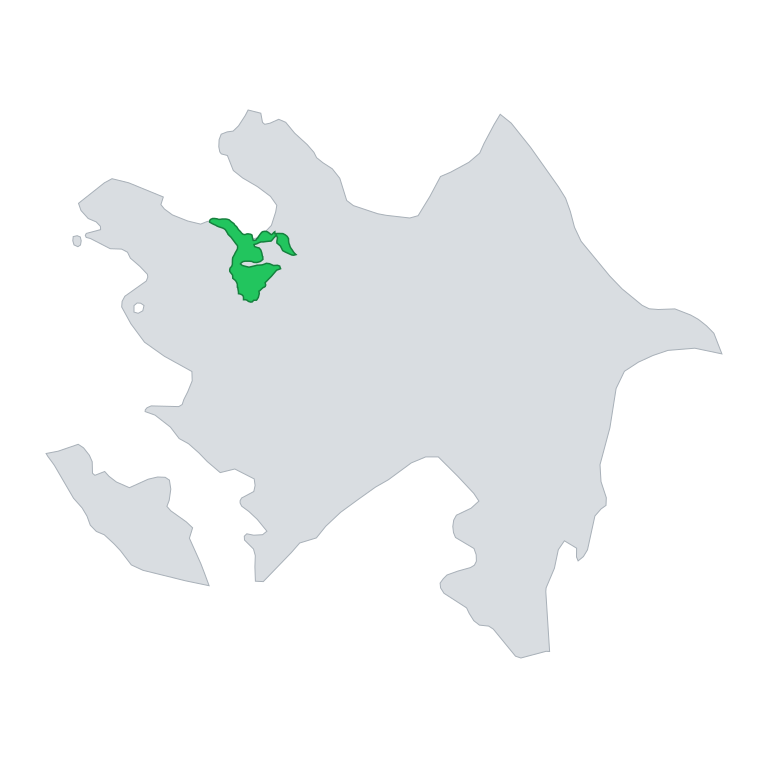 location of Samukh District, Samux, Azerbaijan
{"feature_id": "54616110B65018719015844", "entity_name": "Samukh District", "entity_type": "district", "adm_level": 2, "iso_a3": "AZE", "parent_name": "Azerbaijan", "parent_adm1": "Samux", "projection": "orthographic", "projection_center": [46.456, 40.939], "detail": "fine", "context": "in_parent", "style": "filled", "palette": "green", "viewbox_px": 768, "rotation_deg": 0, "n_neighbors": 0, "source": "geoboundaries", "source_scale": "gbopen_adm2", "svg_char_len": 5911}
<svg xmlns="http://www.w3.org/2000/svg" viewBox="0 0 768 768"><path d="M549.6,651.5L546.0,651.3L520.9,658.0L515.5,656.2L493.3,629.1L488.7,626.1L479.4,625.1L473.8,620.7L469.2,613.4L466.6,607.9L444.0,593.3L440.6,587.9L440.1,583.1L443.3,578.7L447.0,575.0L457.8,571.1L470.4,567.6L474.4,565.2L476.4,561.2L476.2,554.8L474.0,548.5L455.5,537.5L453.5,532.6L452.8,526.5L453.7,520.2L456.4,515.2L471.1,508.2L478.9,501.1L473.8,493.4L457.5,476.0L438.3,456.9L425.7,456.9L411.3,462.9L388.3,479.8L375.5,487.1L358.8,499.0L340.6,512.3L325.7,526.3L316.4,537.9L299.7,543.0L291.3,552.6L263.3,581.6L255.4,581.2L254.9,566.9L255.3,555.6L253.5,549.0L244.5,540.0L244.3,536.2L246.8,533.8L253.7,535.2L262.6,534.7L266.9,531.2L257.3,519.4L248.9,511.5L241.7,506.2L240.1,503.0L240.1,500.7L241.6,498.0L253.8,491.5L255.1,485.5L254.2,478.9L234.8,469.0L220.2,472.6L207.2,461.5L198.9,452.9L188.5,443.7L179.2,438.6L170.4,427.1L155.0,415.1L145.1,411.6L145.3,409.8L147.1,407.7L151.2,405.9L178.8,406.6L182.2,404.5L183.9,399.4L187.7,391.9L192.2,380.8L191.9,371.5L164.4,356.3L144.5,342.2L130.9,323.8L121.7,307.0L122.1,301.4L124.9,296.2L146.3,281.0L147.8,277.1L147.4,274.3L139.9,266.4L130.4,258.2L127.5,252.2L121.6,249.1L110.2,248.7L90.4,238.5L86.2,237.4L85.3,235.4L86.3,233.4L100.6,229.6L100.4,226.3L96.2,221.9L88.2,218.5L81.0,210.5L78.5,203.3L104.4,182.8L112.0,178.7L128.7,182.8L163.3,197.0L160.9,204.6L164.4,209.0L172.4,214.9L187.7,221.0L200.6,224.1L207.2,221.5L217.2,219.4L230.2,226.3L242.2,235.0L248.2,238.5L251.4,239.6L260.5,236.7L271.4,225.4L275.7,211.9L276.8,205.3L270.5,196.4L257.4,186.6L242.7,178.0L233.3,170.5L227.4,155.5L221.3,153.9L219.8,151.9L218.8,146.8L219.1,139.7L221.2,134.2L227.1,131.9L233.1,131.1L238.5,125.9L245.2,115.6L248.1,110.0L260.8,113.2L262.5,122.4L264.7,124.3L270.0,123.2L278.7,119.3L285.7,122.3L294.7,133.2L307.2,144.6L313.9,152.3L316.6,157.7L323.0,162.8L332.3,168.8L339.8,178.3L346.7,200.5L353.4,205.6L377.6,213.7L386.1,215.3L409.8,218.0L418.1,215.7L429.9,196.4L440.5,176.5L450.6,172.2L468.9,162.3L479.7,153.1L484.1,143.3L494.0,124.7L500.2,114.3L511.2,123.1L530.6,147.4L558.6,187.0L565.6,198.3L570.3,211.4L574.5,227.3L581.1,241.3L609.8,276.1L622.1,288.9L642.1,305.3L649.2,308.8L658.3,309.5L674.9,308.9L690.6,315.0L698.4,319.4L706.5,325.8L713.9,333.3L721.9,353.9L694.8,348.2L667.9,350.4L652.9,355.5L638.3,362.2L624.4,371.3L616.1,388.5L609.9,427.8L600.0,464.7L601.0,481.6L606.3,497.7L606.0,505.4L601.1,508.9L594.9,516.0L587.5,549.8L583.4,556.6L578.1,560.9L576.5,557.0L576.6,548.2L564.4,540.8L558.3,549.7L554.4,568.3L546.1,587.9L545.8,591.6L549.6,651.5ZM142.8,310.8L144.0,305.5L140.7,303.2L137.1,303.0L134.0,305.6L134.0,312.1L138.2,313.3L142.8,310.8ZM51.9,461.9L47.9,456.5L46.1,453.5L58.1,451.2L78.2,444.3L83.6,447.9L89.4,455.3L92.2,461.7L92.5,473.3L94.9,475.3L104.7,471.5L109.0,476.3L116.4,482.0L129.4,487.7L148.2,479.2L157.6,477.0L165.2,477.3L169.4,480.1L170.8,489.1L169.2,500.3L166.9,506.4L170.9,510.9L186.2,521.8L192.6,527.8L189.4,538.2L200.8,563.6L204.6,573.5L209.1,585.7L185.5,580.8L143.0,570.3L131.3,564.9L120.4,550.6L113.9,543.7L104.3,534.8L96.3,531.4L90.3,525.2L87.0,516.1L82.1,507.9L73.5,498.2L54.4,465.4L51.9,461.9ZM80.5,245.0L77.9,246.7L74.0,244.9L72.8,240.8L73.2,236.6L77.2,235.7L80.3,237.0L81.2,240.8L80.5,245.0Z" fill="#d9dde1" stroke="#a8b0b8" stroke-width="1"/><path d="M243.5,299.7L245.5,299.7L247.0,300.2L248.4,301.4L250.8,302.1L252.4,301.8L253.6,300.3L255.5,300.2L256.5,300.2L257.3,299.1L257.4,298.8L258.3,297.5L258.8,295.5L259.3,293.5L258.9,291.2L259.7,290.8L260.8,289.7L262.9,287.7L263.9,287.3L265.2,286.5L265.7,285.0L265.1,282.7L267.3,280.5L268.7,279.0L271.4,276.3L276.6,270.2L280.6,268.7L280.3,267.9L280.0,267.2L279.7,266.1L277.6,265.3L273.5,265.5L269.5,263.7L266.3,263.3L264.5,264.1L262.1,264.9L259.4,265.1L257.0,265.2L255.3,265.7L249.0,267.2L247.0,266.7L245.7,266.4L243.8,265.9L242.2,265.4L240.4,263.9L241.5,262.6L243.0,261.6L245.0,261.2L249.3,261.2L251.8,261.4L253.8,262.4L256.7,262.5L257.7,262.3L260.5,261.4L262.9,259.4L262.8,258.1L262.8,256.7L262.3,255.8L261.9,253.4L261.4,251.7L260.8,250.0L259.2,248.0L257.2,247.5L254.6,246.6L254.0,244.5L256.8,243.8L258.5,242.9L260.9,241.9L263.5,241.9L266.4,241.5L269.3,241.2L271.0,241.1L272.4,239.7L273.6,238.1L275.1,236.6L275.6,235.8L276.2,235.0L277.5,237.7L276.9,241.1L276.9,243.0L280.4,246.0L282.7,250.6L285.2,252.0L288.7,253.6L291.8,255.0L293.7,255.2L296.0,254.6L294.4,253.1L293.3,251.7L292.4,250.2L290.8,248.0L290.0,246.5L289.5,244.7L288.9,243.3L288.6,241.2L288.5,238.6L287.2,236.4L285.2,234.8L282.9,233.6L279.7,233.5L277.1,233.5L274.9,233.7L274.8,231.8L273.8,232.5L272.6,233.8L271.6,234.6L270.8,234.4L269.5,233.3L268.2,232.3L266.7,231.5L264.8,231.3L262.9,231.6L261.8,232.2L261.1,233.0L260.1,234.3L259.3,235.5L258.4,236.6L257.8,237.9L256.7,238.8L256.1,240.0L254.4,240.4L253.2,240.4L252.8,238.9L252.2,236.5L252.0,235.1L250.8,234.3L248.5,233.9L246.9,233.9L245.4,234.5L244.4,234.6L242.9,234.2L241.6,233.1L240.3,231.4L239.1,230.3L238.2,229.2L237.6,228.3L237.0,227.2L236.2,226.3L235.0,225.4L233.9,223.6L231.2,221.7L229.1,219.8L227.4,219.3L225.8,219.0L224.0,219.0L222.2,219.0L220.5,219.3L218.7,219.4L217.0,218.8L214.7,218.5L212.6,218.5L210.6,219.4L210.0,220.1L209.7,221.2L209.6,221.7L209.6,222.1L211.8,223.4L213.8,224.4L215.7,225.2L217.1,226.1L218.9,226.8L220.4,227.3L222.3,227.9L223.7,228.5L225.3,229.6L225.4,229.8L226.4,231.3L227.3,232.8L228.1,234.4L229.6,235.9L231.1,237.3L232.5,239.2L234.1,241.3L235.7,243.5L237.5,245.7L237.6,247.2L237.4,249.0L236.5,250.7L235.2,252.9L234.5,254.5L233.7,255.9L232.7,257.7L232.5,259.2L232.4,262.5L232.4,264.2L231.9,265.9L231.2,266.9L230.1,268.1L229.7,269.9L229.8,271.4L230.9,273.0L231.7,273.9L232.6,275.2L232.8,278.4L233.3,278.7L233.6,279.0L234.9,280.0L235.9,281.1L236.6,282.4L237.3,284.0L237.4,287.3L237.8,287.4L237.9,288.6L238.1,289.8L238.4,291.5L238.5,292.9L238.5,293.7L239.8,293.9L240.7,294.2L240.9,294.3L242.1,294.9L243.1,295.9L243.5,297.3L243.5,299.6L243.5,299.7Z" fill="#22c55e" stroke="#15803d" stroke-width="1.5"/></svg>